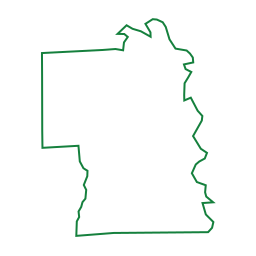 União da Serra, Rio Grande do Sul, Brazil, rotated 182°
{"feature_id": "56859067B42000345551352", "entity_name": "União da Serra", "entity_type": "district", "adm_level": 2, "iso_a3": "BRA", "parent_name": "Brazil", "parent_adm1": "Rio Grande do Sul", "projection": "orthographic", "projection_center": [-52.035, -28.776], "detail": "fine", "context": "isolated", "style": "outline", "palette": "green", "viewbox_px": 256, "rotation_deg": 182, "n_neighbors": 0, "source": "geoboundaries", "source_scale": "gbopen_adm2", "svg_char_len": 955}
<svg xmlns="http://www.w3.org/2000/svg" viewBox="0 0 256 256"><g transform="rotate(182 128 128)"><path d="M133.0,230.6L141.7,221.7L135.0,221.8L131.4,219.0L135.0,213.4L135.6,205.5L143.3,206.5L156.0,205.1L216.6,199.9L215.7,177.9L213.6,121.8L212.8,105.2L176.9,108.5L175.0,92.9L171.1,86.2L167.0,83.8L167.0,78.4L170.2,69.5L167.6,64.7L168.1,55.9L170.9,52.3L172.0,47.5L174.5,42.9L173.7,37.3L175.9,32.9L175.9,18.4L138.7,22.6L44.3,26.7L40.5,31.2L39.4,37.0L47.2,44.3L50.9,55.6L40.3,56.7L47.4,62.2L48.7,66.4L48.3,73.5L57.3,76.4L62.6,85.0L59.0,93.9L55.6,97.0L50.2,100.2L48.2,105.9L54.5,109.8L62.7,122.2L54.5,138.0L54.1,142.6L59.0,147.7L66.3,160.5L72.7,157.5L73.0,163.0L73.0,174.7L69.7,180.5L66.7,186.2L72.5,188.9L74.3,193.5L65.1,195.8L65.7,200.7L68.7,204.6L72.1,207.5L83.3,209.0L89.6,218.0L93.8,230.3L97.0,234.9L103.0,237.4L107.1,237.6L114.2,232.7L108.9,224.4L108.6,220.0L118.5,225.1L126.9,227.3L133.0,230.6Z" fill="none" stroke="#15803d" stroke-width="2"/></g></svg>